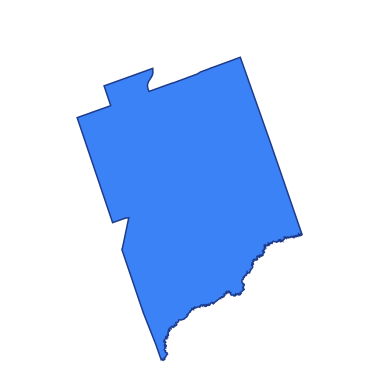 Monash, Victoria, Australia (Equal Earth projection), rotated 62°
{"feature_id": "25037944B65284638011134", "entity_name": "Monash", "entity_type": "district", "adm_level": 2, "iso_a3": "AUS", "parent_name": "Australia", "parent_adm1": "Victoria", "projection": "equal_earth", "projection_center": [145.196, -37.897], "detail": "fine", "context": "isolated", "style": "filled", "palette": "blue", "viewbox_px": 384, "rotation_deg": 62, "n_neighbors": 0, "source": "geoboundaries", "source_scale": "gbopen_adm2", "svg_char_len": 6059}
<svg xmlns="http://www.w3.org/2000/svg" viewBox="0 0 384 384"><g transform="rotate(62 192 192)"><path d="M90.0,128.2L90.3,131.8L87.6,151.8L87.1,155.9L86.5,158.6L83.0,182.8L80.2,182.4L78.2,181.8L77.5,181.6L75.3,180.0L74.0,178.4L71.1,173.3L69.7,171.6L68.3,170.5L64.4,168.6L58.0,213.1L57.0,219.8L77.5,223.2L77.5,224.0L72.4,258.5L181.8,276.5L183.7,263.6L183.9,262.9L185.0,259.9L208.2,279.2L209.8,280.9L275.9,291.7L309.6,295.5L325.3,297.9L325.1,297.6L325.3,296.9L326.6,296.9L327.0,296.6L326.9,295.9L327.0,295.4L327.0,294.7L326.8,294.7L326.3,295.2L325.4,294.2L325.7,293.7L325.0,292.4L324.2,291.5L323.7,289.7L322.9,289.8L322.1,289.6L321.2,290.8L319.7,289.9L319.3,290.6L318.9,290.7L317.2,289.5L317.0,289.2L317.3,288.5L316.3,288.5L316.3,287.7L315.8,286.9L315.6,286.9L315.4,288.1L315.1,288.4L314.7,288.3L314.6,287.3L314.3,287.1L313.6,287.7L312.5,286.5L312.5,285.8L312.4,285.7L311.8,285.8L311.0,287.2L310.5,287.1L310.1,286.6L310.7,286.0L309.9,285.7L308.9,284.5L309.6,283.5L308.0,283.4L307.5,283.2L307.3,282.9L307.3,282.6L307.6,282.4L309.0,282.4L309.2,282.1L309.1,281.8L308.3,281.9L307.2,281.3L307.1,280.9L307.6,280.4L307.5,280.1L306.7,279.9L305.9,280.1L305.7,279.9L305.9,279.4L304.0,278.7L303.4,277.8L304.3,277.3L303.6,276.3L303.3,276.3L302.7,277.0L302.4,277.1L302.2,276.5L301.7,276.0L301.8,275.4L302.8,274.6L301.7,274.3L301.3,273.8L301.1,272.8L301.8,272.8L302.7,272.2L302.3,271.2L302.7,270.6L302.6,270.4L301.4,270.2L302.3,269.3L302.4,268.4L301.7,267.6L301.0,268.1L299.8,267.8L299.8,267.2L300.4,266.3L300.1,264.9L299.9,264.6L299.1,264.1L298.7,263.5L298.9,262.9L299.3,262.7L299.5,262.4L300.0,261.3L300.4,258.8L300.4,258.1L300.0,257.7L300.0,256.8L299.6,254.7L298.2,254.0L298.7,253.3L297.5,252.3L297.4,251.4L297.0,250.7L297.1,249.8L296.1,249.4L296.4,248.9L296.1,248.3L296.0,247.5L295.1,247.1L294.9,246.8L296.2,246.0L295.4,245.8L295.2,245.5L295.3,245.1L295.9,244.7L296.0,244.0L295.7,243.9L295.0,244.1L294.8,243.6L295.5,243.2L296.0,242.6L296.2,242.1L296.1,241.3L296.5,239.8L297.3,239.3L296.6,238.9L296.5,238.7L297.0,238.0L296.4,237.8L296.1,237.3L296.0,236.9L296.5,236.1L296.9,236.2L297.8,236.0L297.3,235.4L297.0,234.5L297.7,234.4L298.1,234.0L298.8,234.3L299.0,234.3L299.4,233.6L299.5,233.0L299.3,232.9L298.4,233.6L298.1,233.6L298.0,233.4L298.2,231.7L298.4,231.5L298.9,231.9L299.3,231.8L299.6,231.3L298.9,230.7L298.8,230.3L299.9,230.2L300.1,229.9L299.9,228.8L299.3,228.5L298.8,227.1L298.8,226.2L299.1,225.8L299.3,225.9L299.6,226.3L300.7,225.8L300.6,224.7L300.1,224.4L299.8,221.7L299.2,219.2L299.1,217.5L299.5,216.7L298.6,216.5L298.7,215.6L298.4,214.7L298.6,214.3L299.1,214.7L299.4,214.6L299.3,214.0L299.4,213.0L298.9,212.4L298.7,211.7L297.5,211.9L297.3,211.8L297.9,211.2L297.4,210.3L298.0,209.3L297.9,208.8L297.6,208.7L296.8,209.5L296.0,208.1L296.3,207.9L296.7,208.1L297.0,207.8L297.1,207.5L296.7,206.5L296.8,206.2L297.3,205.7L297.6,205.8L297.8,206.6L298.2,206.8L298.4,206.6L298.3,205.9L299.2,205.0L299.4,205.0L299.8,205.7L301.1,205.9L301.9,205.1L301.9,204.3L302.2,203.9L302.7,203.7L303.4,203.8L303.4,203.4L303.9,202.8L303.9,202.6L302.9,202.1L302.5,201.5L303.6,201.4L303.1,199.9L303.2,199.2L303.5,199.0L303.6,199.8L303.9,199.9L305.1,198.6L305.2,197.6L304.9,197.2L304.7,196.4L303.9,196.9L303.6,197.0L303.3,196.7L303.5,195.9L303.3,195.3L303.4,194.7L303.0,194.1L302.6,191.7L302.0,191.7L301.9,192.3L301.5,192.5L300.9,191.7L300.1,191.9L299.9,191.3L299.4,191.1L299.4,190.4L299.3,190.1L298.2,189.3L297.5,189.5L297.3,190.3L297.1,190.4L296.5,190.0L295.8,190.0L295.5,190.2L295.1,190.3L293.5,189.4L293.0,188.9L293.2,188.0L292.7,187.5L291.8,187.1L291.2,186.3L291.2,186.1L291.7,186.1L291.8,186.0L291.3,185.8L291.2,185.2L290.5,184.4L291.0,183.8L291.1,183.3L290.8,183.0L290.1,182.7L290.0,181.4L289.7,181.2L289.2,181.4L288.3,180.7L289.7,180.5L290.3,179.6L290.3,178.9L289.5,178.4L288.7,177.0L287.8,176.8L287.9,175.4L286.9,173.8L286.4,173.4L285.2,173.1L284.7,173.8L284.1,173.2L284.1,172.6L283.9,172.4L284.5,171.7L284.1,171.5L282.9,172.3L282.5,171.7L282.7,171.2L282.2,170.0L281.2,170.3L281.5,169.7L280.8,169.3L280.6,169.0L280.7,168.6L281.3,169.1L281.2,168.6L281.7,168.1L281.5,167.4L282.2,167.4L282.2,166.7L282.4,166.3L282.2,165.9L281.8,166.4L281.3,166.4L281.2,165.6L280.6,165.1L280.2,164.9L279.5,165.1L279.3,165.0L279.6,163.5L279.9,163.1L280.2,163.1L280.4,163.7L281.4,163.1L281.3,162.7L280.6,162.8L279.7,162.1L280.7,161.8L280.3,161.2L281.3,160.7L281.3,160.4L281.0,160.1L280.2,160.1L280.3,159.6L281.0,159.5L281.2,159.1L279.7,158.3L279.7,157.5L279.4,157.3L279.2,156.4L278.9,156.2L278.7,156.4L278.7,157.0L278.5,157.3L277.7,156.7L277.3,157.2L277.1,157.1L276.8,156.5L277.0,155.7L276.8,154.6L275.7,154.8L275.3,154.3L275.8,153.3L275.1,153.5L274.9,152.9L274.7,152.8L274.3,153.1L274.3,153.5L273.2,153.5L273.0,153.3L273.5,153.0L273.1,152.9L272.9,152.6L272.9,152.1L273.3,151.8L273.7,151.7L274.0,152.2L274.4,151.9L274.3,151.3L274.7,150.7L274.4,150.3L275.1,149.4L275.1,148.6L274.9,148.2L274.6,148.3L274.2,149.3L272.9,148.7L273.2,148.1L274.2,147.1L273.9,146.4L274.0,146.2L274.8,145.7L275.0,145.5L274.7,145.0L274.0,145.1L273.6,143.4L274.3,143.0L274.6,142.2L275.6,141.1L276.0,141.0L276.2,140.7L276.0,140.2L275.6,139.9L276.2,139.1L276.2,138.3L276.0,138.2L275.7,138.5L274.7,137.6L275.3,137.9L275.7,137.7L275.7,137.4L275.2,137.1L275.4,136.6L277.3,137.3L277.6,137.1L277.5,136.2L276.8,136.6L276.4,136.3L276.5,135.9L277.7,135.2L277.0,135.1L277.4,134.2L277.0,133.6L277.1,133.0L275.7,132.0L275.1,131.8L275.3,130.7L275.5,130.5L276.0,130.4L276.2,131.0L277.0,130.8L277.4,130.6L277.0,129.3L277.5,128.7L277.2,128.6L276.8,128.9L276.6,128.7L276.6,128.3L277.5,127.8L278.3,126.9L278.3,126.3L277.9,125.8L278.4,125.3L278.0,124.7L279.3,124.3L280.2,123.4L280.1,123.2L279.6,123.2L279.2,123.4L278.8,123.9L278.7,123.1L278.9,122.7L279.4,122.2L280.0,121.9L280.5,120.6L280.5,120.4L280.2,120.3L279.3,120.7L279.5,120.0L280.8,119.2L280.6,119.0L279.9,119.1L280.0,118.8L280.5,118.6L280.5,118.1L279.6,118.0L279.0,117.6L280.4,117.2L281.3,117.4L281.5,116.4L281.3,116.4L280.8,116.8L280.0,115.5L280.4,115.3L281.9,114.9L185.3,99.6L95.7,86.1L91.6,116.0L91.4,116.4L91.2,119.4L90.0,128.2Z" fill="#3b82f6" stroke="#1e3a8a" stroke-width="1.5"/></g></svg>